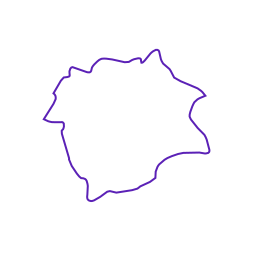 the border of Zaghouan, rotated 211°
{"feature_id": "TUN-120", "entity_name": "Zaghouan", "entity_type": "Governorate", "adm_level": 1, "iso_a3": "TUN", "parent_name": "Tunisia", "parent_adm1": "", "projection": "mercator", "projection_center": [10.024, 36.33], "detail": "fine", "context": "isolated", "style": "outline", "palette": "violet", "viewbox_px": 256, "rotation_deg": 211, "n_neighbors": 0, "source": "natural_earth", "source_scale": "10m", "svg_char_len": 1794}
<svg xmlns="http://www.w3.org/2000/svg" viewBox="0 0 256 256"><g transform="rotate(211 128 128)"><path d="M204.7,92.2L204.3,110.3L204.9,115.5L205.4,116.5L206.1,117.5L206.9,118.3L207.8,118.8L208.5,119.1L209.7,119.3L209.9,133.9L209.1,138.2L206.3,140.4L205.1,141.7L204.9,142.7L205.5,143.7L206.4,144.9L207.4,146.5L208.0,149.2L207.7,150.7L206.9,151.6L192.1,154.7L191.0,155.1L189.5,156.0L189.0,157.0L189.0,158.0L190.0,161.2L190.0,162.9L189.7,165.0L188.6,169.2L187.8,171.4L186.9,172.9L186.2,173.8L184.4,175.1L182.4,176.2L176.9,178.6L164.7,182.7L161.3,185.1L159.5,188.4L158.2,190.1L155.2,193.0L153.6,193.8L152.4,193.6L150.9,191.7L150.1,190.9L149.5,191.3L149.0,192.1L148.4,194.4L147.1,203.5L146.7,204.9L146.0,206.7L144.4,209.3L143.1,210.1L141.8,210.2L140.8,209.7L135.3,204.0L133.9,202.9L132.0,201.8L131.0,201.3L122.8,199.9L120.9,199.0L114.4,195.0L107.1,195.2L88.8,197.8L84.6,197.5L82.7,197.1L78.3,195.5L82.1,190.3L83.2,188.3L83.8,186.3L84.4,184.2L84.3,182.2L84.0,179.6L82.9,174.0L82.1,171.4L81.2,169.7L80.4,169.0L78.4,167.7L68.3,163.9L59.0,161.5L56.8,160.2L54.6,158.6L47.1,151.3L46.4,150.3L46.1,149.2L46.4,148.0L48.0,146.4L49.1,145.7L54.2,143.7L67.7,135.2L71.7,131.5L75.9,126.5L78.7,122.6L80.3,119.6L82.5,113.0L82.7,111.5L82.7,109.8L81.8,104.9L78.8,99.3L81.4,93.1L87.4,84.3L87.9,82.9L88.7,80.9L92.5,76.8L104.7,66.6L111.0,64.6L113.0,62.7L116.4,54.6L119.8,48.5L121.0,47.1L122.1,46.3L123.8,45.8L124.7,45.8L125.5,46.0L126.3,46.4L127.1,47.3L127.6,48.0L128.5,49.9L132.6,57.6L133.9,59.2L136.1,61.3L137.4,62.0L138.5,62.2L140.3,61.9L142.4,60.9L144.8,61.3L148.4,62.6L156.7,66.5L162.4,70.7L162.9,71.7L181.7,89.0L183.4,91.5L183.3,92.5L183.0,93.4L183.2,94.7L183.7,96.3L185.3,98.7L186.4,99.2L187.6,99.1L188.5,98.4L196.1,93.9L198.1,93.2L199.9,92.7L204.7,92.2Z" fill="none" stroke="#5b21b6" stroke-width="2"/></g></svg>